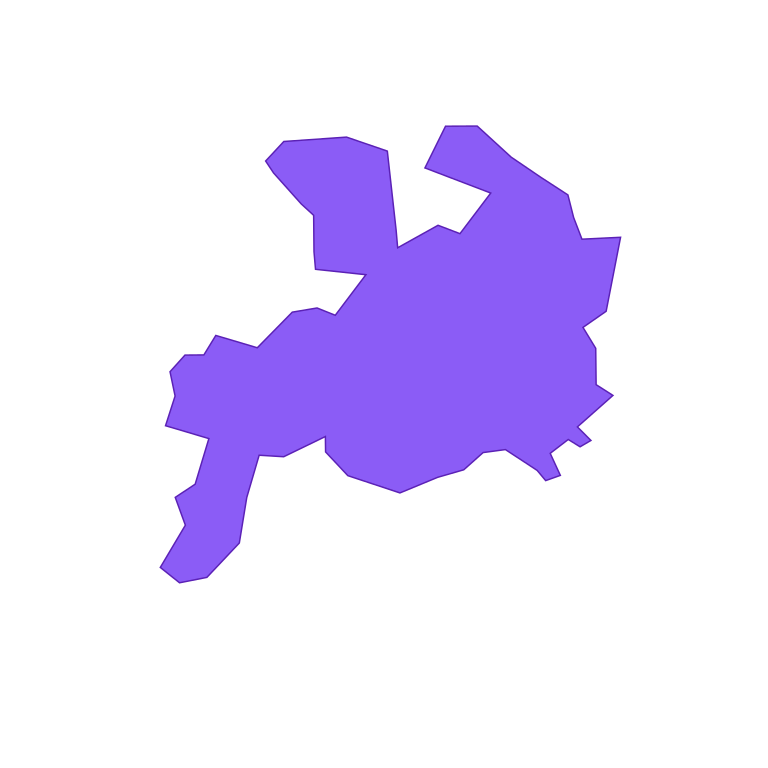 Samarkand city, Samarkand, Uzbekistan (Natural Earth projection), rotated 298°
{"feature_id": "79887680B93322168569220", "entity_name": "Samarkand city", "entity_type": "district", "adm_level": 2, "iso_a3": "UZB", "parent_name": "Uzbekistan", "parent_adm1": "Samarkand", "projection": "natural_earth1", "projection_center": [66.968, 39.625], "detail": "fine", "context": "isolated", "style": "filled", "palette": "violet", "viewbox_px": 768, "rotation_deg": 298, "n_neighbors": 0, "source": "geoboundaries", "source_scale": "gbopen_adm2", "svg_char_len": 975}
<svg xmlns="http://www.w3.org/2000/svg" viewBox="0 0 768 768"><g transform="rotate(298 384 384)"><path d="M130.1,318.4L175.7,330.9L219.4,316.1L262.5,307.2L272.7,329.6L310.1,356.9L296.6,364.3L286.1,395.1L295.3,449.2L326.8,475.2L345.7,494.7L370.0,503.7L383.1,522.0L379.6,559.8L374.6,572.1L386.1,582.6L400.8,563.3L421.5,572.7L420.6,586.6L431.3,593.2L436.9,574.9L481.4,591.5L483.0,571.6L514.9,554.2L527.4,533.1L552.5,546.0L624.6,524.0L604.8,490.8L620.0,473.3L637.3,457.6L640.1,425.7L644.0,389.8L655.5,345.2L640.5,317.3L594.0,318.7L602.7,388.6L552.4,380.5L549.5,357.2L510.7,332.1L525.5,322.5L591.2,277.6L584.4,235.0L551.1,181.7L525.3,174.8L518.5,187.4L504.1,226.5L499.9,242.7L467.9,260.1L453.1,269.7L472.0,316.7L421.8,308.7L419.7,289.2L404.4,269.3L356.5,255.1L347.9,212.7L325.1,211.3L316.1,194.7L294.4,189.3L275.3,205.2L244.6,210.7L253.6,255.0L206.9,264.3L185.9,252.9L166.1,274.9L117.0,272.6L112.5,296.8L130.1,318.4Z" fill="#8b5cf6" stroke="#5b21b6" stroke-width="1.5"/></g></svg>